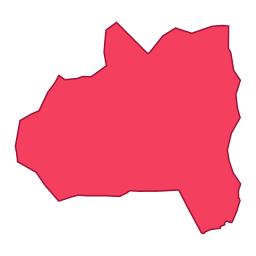 Matad, Dornod, Mongolia (Albers equal-area conic projection)
{"feature_id": "93677404B45746313911559", "entity_name": "Matad", "entity_type": "district", "adm_level": 2, "iso_a3": "MNG", "parent_name": "Mongolia", "parent_adm1": "Dornod", "projection": "albers", "projection_center": [116.446, 47.104], "detail": "fine", "context": "isolated", "style": "filled", "palette": "rose", "viewbox_px": 256, "rotation_deg": 0, "n_neighbors": 0, "source": "geoboundaries", "source_scale": "gbopen_adm2", "svg_char_len": 1699}
<svg xmlns="http://www.w3.org/2000/svg" viewBox="0 0 256 256"><path d="M59.0,75.4L54.5,83.4L47.8,92.3L39.1,110.7L30.9,114.3L20.0,120.6L15.4,146.5L16.5,151.8L17.7,161.8L36.3,172.4L43.2,182.6L45.3,185.6L58.8,201.1L71.5,196.9L78.4,195.1L85.8,195.7L105.5,195.7L119.6,196.4L126.9,192.8L129.8,190.7L138.7,191.2L148.7,191.1L157.8,191.1L178.8,190.0L186.3,204.7L196.4,223.5L201.4,232.8L203.8,233.6L204.6,232.7L205.6,231.7L210.9,229.4L216.6,228.7L220.1,228.3L220.1,227.9L220.2,227.5L220.3,227.4L220.4,227.2L220.5,226.9L220.6,226.7L220.8,226.5L220.9,226.4L221.0,226.3L221.2,226.2L222.6,225.5L224.6,224.9L224.7,223.1L224.8,222.9L224.9,222.6L225.0,222.3L225.1,222.2L225.3,222.0L225.4,221.9L225.6,221.8L225.7,221.7L225.9,221.7L226.0,221.6L226.2,221.4L226.3,221.3L226.4,221.2L226.5,221.1L226.8,221.1L227.0,221.1L227.3,221.2L227.5,221.3L227.8,221.4L227.9,221.5L228.1,221.6L228.3,221.7L228.5,221.8L228.8,221.9L228.9,222.0L229.0,222.0L229.3,222.2L229.5,222.2L229.8,222.1L230.0,222.3L230.3,222.3L230.5,222.4L231.1,222.4L231.4,222.4L231.6,222.4L231.8,222.4L232.0,222.3L232.0,222.2L236.6,211.6L240.0,200.5L238.5,197.0L238.4,190.7L240.6,184.0L233.1,172.8L229.1,160.9L227.3,149.9L231.4,133.0L240.1,117.7L237.4,108.0L235.8,94.6L240.3,80.3L233.6,70.3L230.8,52.8L228.4,48.2L228.6,26.1L222.4,25.5L217.1,25.9L211.8,26.4L205.9,28.4L199.9,30.5L192.6,33.0L191.8,33.3L188.4,32.2L184.5,31.0L178.3,29.0L175.8,28.2L175.7,28.0L170.6,31.1L162.9,35.9L159.9,39.6L155.4,45.3L152.5,48.9L149.5,52.7L147.5,53.5L142.0,47.9L136.4,42.3L133.3,39.2L127.9,33.8L125.5,31.4L120.3,26.2L116.5,22.4L106.1,30.1L105.0,40.9L104.1,52.6L106.5,65.7L91.3,76.7L82.6,76.6L76.6,78.6L64.8,79.7L59.0,75.4Z" fill="#f43f5e" stroke="#9f1239" stroke-width="1.5"/></svg>